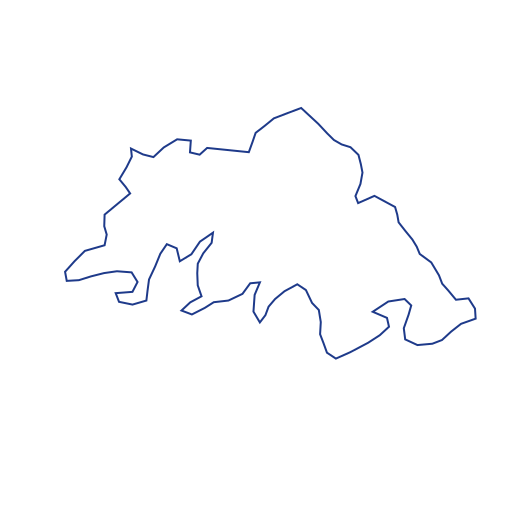 the district of Flor do Sertão, Santa Catarina, Brazil, rotated 249°
{"feature_id": "56859067B9215522088689", "entity_name": "Flor do Sertão", "entity_type": "district", "adm_level": 2, "iso_a3": "BRA", "parent_name": "Brazil", "parent_adm1": "Santa Catarina", "projection": "equal_earth", "projection_center": [-53.343, -26.756], "detail": "fine", "context": "isolated", "style": "outline", "palette": "blue", "viewbox_px": 512, "rotation_deg": 249, "n_neighbors": 0, "source": "geoboundaries", "source_scale": "gbopen_adm2", "svg_char_len": 1672}
<svg xmlns="http://www.w3.org/2000/svg" viewBox="0 0 512 512"><g transform="rotate(249 256 256)"><path d="M118.8,438.6L128.4,441.6L140.3,439.2L143.5,427.0L155.0,423.1L163.4,419.9L172.4,419.9L187.2,417.3L199.2,409.6L207.1,409.4L215.3,407.9L225.9,404.4L236.3,401.2L244.0,402.7L251.9,403.4L269.7,388.1L268.8,370.3L276.3,370.3L285.8,379.3L295.7,385.3L304.2,386.8L313.7,387.9L323.7,383.2L329.5,375.9L336.4,370.3L345.0,366.4L357.1,361.5L378.0,351.2L378.1,336.8L378.1,322.0L374.4,310.8L371.1,299.8L363.7,293.6L355.5,286.5L374.4,249.1L370.8,239.7L376.4,231.5L387.1,236.5L393.2,224.2L390.4,208.8L385.1,195.7L391.3,186.9L401.1,177.8L393.3,175.7L385.2,166.9L376.6,155.9L367.1,159.1L359.5,160.9L348.9,129.5L338.2,125.0L329.5,124.3L320.3,118.5L322.1,98.1L316.2,84.8L309.7,72.1L300.6,70.4L296.9,82.0L296.1,94.7L294.5,108.0L291.6,120.7L285.3,134.0L274.2,136.1L266.8,127.8L271.6,111.7L262.3,111.7L254.9,123.3L253.7,137.7L262.3,142.2L272.4,147.7L282.4,158.1L292.4,167.5L299.0,177.0L291.6,184.7L278.4,183.0L280.8,196.3L289.5,208.8L293.2,224.2L284.2,219.3L277.4,207.7L269.7,198.9L261.0,195.0L249.5,191.1L237.9,190.7L236.3,178.0L231.8,166.9L224.4,175.2L225.9,189.6L228.0,200.0L224.3,214.3L225.5,229.8L232.6,240.8L230.0,250.2L220.2,240.8L205.0,233.7L192.6,235.8L197.4,243.6L204.2,249.6L209.0,258.4L212.9,270.0L214.8,284.4L206.3,290.4L192.1,291.5L183.1,295.3L171.1,292.8L160.0,287.8L150.5,287.8L140.3,287.6L131.6,293.8L132.4,309.3L134.8,329.5L137.7,343.2L142.3,354.8L151.3,356.1L162.1,345.0L166.1,363.2L162.6,379.3L154.2,383.2L146.5,377.4L135.6,368.1L124.7,365.4L115.0,374.8L110.9,389.2L110.9,399.5L115.5,411.1L119.2,423.1L118.8,438.6Z" fill="none" stroke="#1e3a8a" stroke-width="2"/></g></svg>